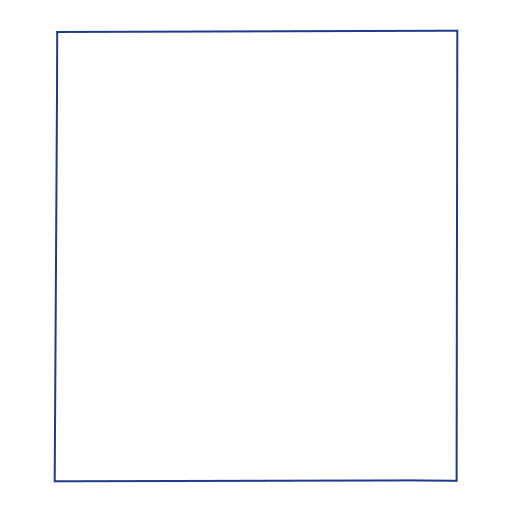 the district of Saline, Illinois, United States of America
{"feature_id": "52423323B73241323723965", "entity_name": "Saline", "entity_type": "district", "adm_level": 2, "iso_a3": "USA", "parent_name": "United States of America", "parent_adm1": "Illinois", "projection": "robinson", "projection_center": [-88.57, 37.753], "detail": "fine", "context": "isolated", "style": "outline", "palette": "blue", "viewbox_px": 512, "rotation_deg": 0, "n_neighbors": 0, "source": "geoboundaries", "source_scale": "gbopen_adm2", "svg_char_len": 203}
<svg xmlns="http://www.w3.org/2000/svg" viewBox="0 0 512 512"><path d="M57.0,95.5L54.7,481.3L412.3,480.4L456.6,480.8L457.3,30.7L57.2,32.0L57.0,95.5Z" fill="none" stroke="#1e3a8a" stroke-width="2"/></svg>